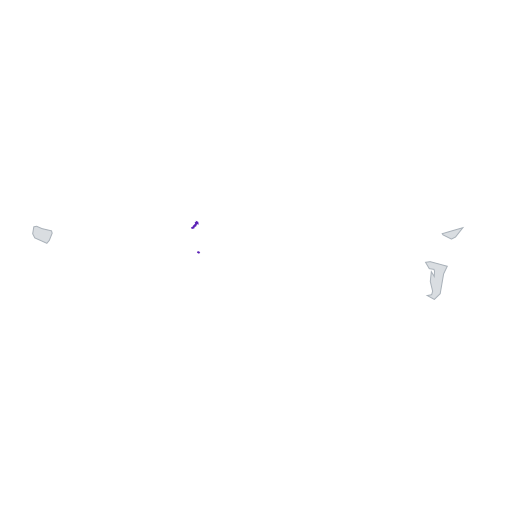 Ha`ano, Tonga shown in context, rotated 252°
{"feature_id": "48082658B34496181007538", "entity_name": "Ha`ano", "entity_type": "district", "adm_level": 2, "iso_a3": "TON", "parent_name": "Tonga", "parent_adm1": "", "projection": "mercator", "projection_center": [-174.291, -19.666], "detail": "fine", "context": "in_parent", "style": "filled", "palette": "violet", "viewbox_px": 512, "rotation_deg": 252, "n_neighbors": 0, "source": "geoboundaries", "source_scale": "gbopen_adm2", "svg_char_len": 1510}
<svg xmlns="http://www.w3.org/2000/svg" viewBox="0 0 512 512"><g transform="rotate(252 256 256)"><path d="M186.4,421.1L188.3,421.1L190.4,416.9L197.6,415.3L196.8,419.9L187.1,434.7L181.0,428.9L163.2,419.5L159.6,412.2L165.5,406.6L164.9,411.1L167.9,413.1L177.9,413.9L186.9,417.9L181.4,419.2L186.4,421.1ZM348.2,60.9L343.1,69.3L340.7,69.2L334.8,64.3L332.7,61.0L341.6,51.2L346.2,50.5L352.4,53.7L352.1,56.5L348.2,60.9ZM219.7,440.0L219.0,461.5L212.4,451.6L211.7,447.1L218.3,440.4L219.7,440.0Z" fill="#d9dde1" stroke="#a8b0b8" stroke-width="1"/><path d="M305.7,209.1L305.3,208.7L304.7,208.1L304.5,207.8L304.5,207.6L303.6,205.8L303.0,205.4L302.7,205.2L302.7,204.6L302.7,203.9L302.2,203.9L302.2,204.0L302.2,204.3L302.2,204.5L302.2,204.8L302.1,205.0L302.1,205.3L302.1,205.5L302.4,205.7L302.5,205.8L302.9,206.0L303.0,206.1L303.2,206.3L303.3,206.4L303.3,206.5L303.5,206.7L303.6,206.8L303.6,207.1L303.6,207.3L303.5,207.5L303.3,207.7L303.3,207.8L303.5,208.0L303.8,208.2L304.0,208.3L304.3,208.5L304.5,208.7L304.7,208.9L304.8,209.0L304.9,209.3L304.9,209.5L305.0,209.6L305.0,209.8L305.0,210.0L305.1,210.3L305.2,210.5L305.3,210.5L305.2,210.6L305.3,210.6L305.4,210.8L305.5,210.8L305.8,210.8L305.8,210.7L306.0,210.7L306.3,210.6L306.4,210.4L306.5,210.3L306.4,210.3L306.4,210.2L306.4,209.9L306.4,209.7L306.4,209.4L306.4,209.2L306.3,208.9L305.7,209.1ZM276.9,202.4L276.7,202.6L277.0,203.0L277.1,202.9L277.3,202.7L277.5,202.5L277.5,202.4L277.7,202.2L277.4,201.9L276.9,202.4Z" fill="#8b5cf6" stroke="#5b21b6" stroke-width="1.5"/></g></svg>